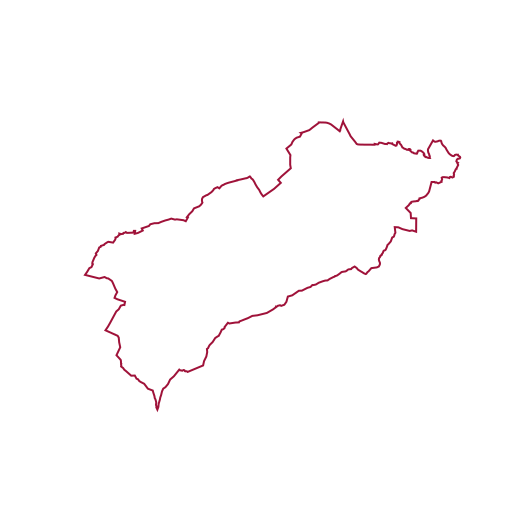 Calnic, Alba, Romania (orthographic projection), rotated 24°
{"feature_id": "2599482B71392361951203", "entity_name": "Calnic", "entity_type": "district", "adm_level": 2, "iso_a3": "ROU", "parent_name": "Romania", "parent_adm1": "Alba", "projection": "orthographic", "projection_center": [23.664, 45.882], "detail": "fine", "context": "isolated", "style": "outline", "palette": "rose", "viewbox_px": 512, "rotation_deg": 24, "n_neighbors": 0, "source": "geoboundaries", "source_scale": "gbopen_adm2", "svg_char_len": 6058}
<svg xmlns="http://www.w3.org/2000/svg" viewBox="0 0 512 512"><g transform="rotate(24 256 256)"><path d="M371.0,173.2L374.4,171.9L378.8,171.9L386.2,170.6L388.2,169.1L392.4,168.7L387.1,156.5L382.2,158.4L379.8,153.8L373.3,151.2L375.0,147.2L375.0,146.3L375.9,144.9L375.5,144.7L376.0,143.3L377.9,142.0L379.9,140.9L380.5,140.3L381.3,140.1L381.7,139.7L381.9,138.9L381.7,138.3L382.1,137.8L382.3,137.2L382.0,136.8L384.3,135.0L385.8,133.4L387.0,131.4L387.0,131.0L387.7,128.6L387.9,126.7L386.3,117.0L389.1,115.7L389.9,116.1L390.8,115.4L392.9,115.5L395.4,112.7L394.8,112.1L395.0,110.6L393.8,108.9L394.4,108.1L395.9,107.4L398.6,106.5L400.8,106.1L401.0,106.1L401.0,105.0L401.7,104.4L403.5,104.4L404.5,103.2L404.2,102.2L403.8,102.0L403.7,100.7L402.9,99.9L403.2,98.0L403.2,95.5L403.8,94.7L403.5,94.4L403.7,90.6L402.2,89.3L402.5,88.7L401.4,88.5L400.5,88.0L400.3,86.2L401.0,84.9L401.5,84.8L402.5,83.9L402.5,82.9L402.0,82.4L400.9,82.2L399.6,81.9L399.3,81.4L399.0,81.6L398.2,81.7L397.3,82.2L396.6,82.8L396.4,83.8L396.1,84.3L395.2,84.6L394.0,84.7L391.6,84.2L390.1,83.6L386.7,81.3L385.3,80.1L384.0,79.5L381.8,78.8L380.2,77.8L379.6,77.2L379.0,76.5L378.4,75.7L377.9,75.5L376.7,76.0L375.8,76.7L375.4,77.3L373.4,78.7L372.5,78.9L370.7,78.4L369.8,87.7L369.7,88.5L370.2,89.8L371.4,91.5L372.8,92.6L373.5,93.7L374.2,94.1L374.5,95.2L375.0,95.7L374.2,96.1L372.7,96.4L371.0,96.3L370.8,96.6L369.5,96.4L368.9,95.4L368.3,95.6L367.9,95.0L368.1,94.3L367.1,93.6L364.6,92.9L363.3,92.9L361.4,93.8L361.3,94.8L361.4,95.3L361.2,95.8L361.5,96.9L361.2,97.2L358.6,97.9L357.4,97.6L356.6,97.9L354.2,97.2L353.8,96.5L353.9,96.1L353.4,95.8L352.7,95.8L352.0,96.2L352.3,97.0L350.5,97.6L349.0,97.4L347.9,97.7L346.4,97.3L345.6,97.3L343.4,95.5L341.2,94.6L340.9,94.2L340.8,93.6L340.3,93.6L339.8,93.6L338.9,93.9L339.1,94.6L338.7,95.2L339.3,96.4L339.2,96.9L339.4,97.9L338.8,98.5L335.0,98.3L334.6,97.7L334.0,98.1L331.5,98.8L330.9,98.8L330.4,99.6L330.2,100.5L329.2,100.7L328.4,101.2L324.6,101.6L322.5,102.3L322.1,104.3L321.3,104.8L318.8,105.3L319.1,106.1L306.7,111.5L303.8,112.6L302.4,112.7L300.2,111.4L293.7,108.1L292.2,106.8L281.3,98.3L280.8,97.6L281.5,106.0L281.9,107.1L281.8,108.0L278.8,107.2L271.1,105.3L268.9,105.2L266.7,105.4L265.0,105.9L259.0,108.4L259.2,108.9L255.3,115.8L254.3,117.8L253.5,119.3L251.1,121.6L249.0,123.6L246.9,125.3L247.9,125.5L247.6,129.1L245.1,131.3L244.1,132.8L243.5,134.1L243.2,135.5L242.9,136.8L242.9,139.8L240.1,145.5L246.4,149.8L247.1,151.9L250.1,158.7L252.1,161.7L246.9,172.9L245.2,177.4L248.9,179.1L245.2,187.3L238.4,198.6L236.1,197.4L234.3,196.2L232.0,194.3L229.1,192.7L226.3,190.7L224.8,189.4L222.7,187.9L221.6,187.3L220.3,187.1L219.1,186.3L218.0,185.8L217.9,185.9L216.7,187.7L215.8,188.7L215.1,189.1L211.3,192.0L210.9,192.3L207.8,194.5L208.0,194.7L201.5,199.9L199.7,201.5L198.0,203.2L197.5,204.1L196.5,205.0L195.8,206.3L195.0,209.1L192.8,208.8L191.2,210.6L190.3,211.9L190.2,213.3L189.3,215.8L186.8,220.0L186.0,220.6L183.6,223.8L183.5,225.1L183.5,225.9L184.0,227.2L184.8,228.5L185.3,228.9L185.3,229.5L184.8,231.7L183.9,233.7L180.0,237.7L179.9,238.4L179.6,241.0L178.0,245.0L177.1,248.6L178.1,248.5L177.7,252.8L175.2,252.8L168.7,254.7L167.2,255.7L163.4,256.3L161.2,258.4L158.8,260.3L155.6,263.3L153.4,265.7L149.8,267.4L146.5,270.0L146.0,272.1L140.4,277.3L142.2,278.8L138.8,282.9L136.2,285.0L135.4,282.2L134.2,282.7L134.5,284.5L128.7,287.4L127.3,287.1L126.6,288.3L125.8,288.6L125.4,289.3L125.5,289.8L124.0,290.8L122.0,291.1L122.7,292.3L122.1,292.9L121.7,294.7L120.2,296.2L120.5,296.4L120.7,298.5L120.0,301.9L115.3,303.1L114.6,303.9L112.8,306.7L112.7,307.6L110.2,309.9L110.4,310.7L109.3,312.0L109.5,315.7L108.6,318.8L109.8,319.9L109.3,321.1L109.0,323.3L109.1,328.2L109.6,329.7L110.3,329.8L110.2,333.1L108.7,334.9L108.2,339.1L107.5,342.8L121.9,340.3L126.2,336.8L128.8,337.0L130.1,336.6L133.9,337.3L134.6,337.5L136.5,339.1L140.7,343.0L143.9,345.4L143.6,349.2L143.8,351.8L146.9,351.9L155.0,351.1L155.7,354.3L154.9,354.5L152.7,356.3L152.3,360.5L150.9,363.5L149.9,376.6L149.5,380.6L148.7,385.1L162.1,385.2L163.8,386.4L166.1,390.5L169.1,394.6L168.9,403.4L174.6,405.9L175.3,406.8L176.3,408.9L176.7,409.1L176.9,410.1L177.4,410.6L177.7,411.8L180.2,412.4L182.0,413.5L184.0,414.0L190.7,416.1L193.9,414.5L196.8,416.7L198.3,416.6L200.2,417.7L202.0,418.0L205.8,418.2L211.2,421.2L216.4,420.9L217.6,422.4L220.2,425.3L221.3,427.0L222.5,427.9L224.4,430.3L225.2,432.7L226.2,433.8L226.5,434.8L228.4,436.5L228.2,433.6L227.2,430.6L226.6,426.3L226.1,424.2L225.9,421.7L225.2,417.9L225.2,414.9L226.6,412.7L227.7,408.8L227.8,403.8L229.9,399.3L232.1,391.0L233.2,391.3L234.1,391.0L235.3,390.8L236.1,389.7L236.7,389.5L237.3,389.6L237.9,390.1L238.3,390.1L239.5,389.5L240.0,389.5L240.7,389.7L252.2,377.5L251.3,373.2L251.5,368.0L250.5,363.6L249.0,360.9L249.7,359.7L249.7,357.6L249.9,356.1L251.4,352.2L252.1,347.5L253.7,345.0L254.2,344.4L254.4,344.2L254.7,340.2L254.7,337.2L255.2,336.8L256.0,336.0L256.6,334.3L256.2,333.7L257.5,328.4L259.1,328.5L264.2,325.2L267.4,323.6L267.5,322.5L274.1,315.8L277.0,312.2L281.4,309.6L289.1,303.6L293.3,297.8L294.8,295.1L294.8,294.2L295.3,294.3L296.1,292.7L298.0,291.2L299.3,291.3L301.7,289.0L302.4,285.5L301.6,280.1L305.1,277.2L309.3,270.3L312.0,269.0L316.0,264.1L318.4,262.1L319.3,259.6L320.3,259.2L322.3,257.7L324.2,254.9L327.2,252.0L329.2,250.3L331.3,249.2L332.0,248.0L332.7,246.9L335.3,243.7L336.2,242.9L336.4,242.1L336.9,241.9L338.0,240.8L339.6,238.1L340.7,235.9L341.6,235.2L344.1,233.6L344.9,232.5L345.3,231.4L346.1,230.5L348.2,229.3L348.6,227.9L350.4,225.5L352.8,226.0L354.8,227.0L358.6,227.5L359.8,227.6L361.4,227.9L363.5,227.9L364.0,227.4L364.4,225.3L365.0,224.4L365.9,221.5L366.1,220.7L366.4,220.1L371.0,217.3L372.5,215.6L372.6,213.4L372.2,212.1L371.7,211.5L370.5,210.4L369.7,209.3L369.3,207.9L369.7,206.5L369.6,206.1L369.7,205.7L369.5,205.4L369.7,204.7L370.1,204.5L370.5,203.6L370.2,203.1L370.6,201.5L370.5,200.4L370.4,199.9L370.7,199.0L371.6,198.2L371.9,197.5L371.9,195.1L371.8,193.5L371.6,192.8L371.7,192.3L372.2,191.2L373.1,188.2L373.2,187.7L372.9,183.7L374.0,182.3L374.0,181.2L373.7,179.8L373.9,178.1L371.0,173.2Z" fill="none" stroke="#9f1239" stroke-width="2"/></g></svg>